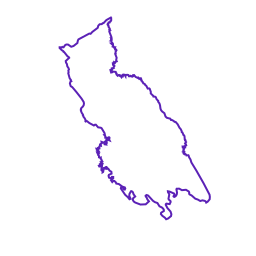 the district of Akat Amnuai, Sakon Nakhon, Thailand, rotated 148°
{"feature_id": "78962969B83463915016953", "entity_name": "Akat Amnuai", "entity_type": "district", "adm_level": 2, "iso_a3": "THA", "parent_name": "Thailand", "parent_adm1": "Sakon Nakhon", "projection": "equal_earth", "projection_center": [103.97, 17.642], "detail": "fine", "context": "isolated", "style": "outline", "palette": "violet", "viewbox_px": 256, "rotation_deg": 148, "n_neighbors": 0, "source": "geoboundaries", "source_scale": "gbopen_adm2", "svg_char_len": 5828}
<svg xmlns="http://www.w3.org/2000/svg" viewBox="0 0 256 256"><g transform="rotate(148 128 128)"><path d="M141.9,30.0L138.2,30.5L136.9,31.9L136.2,34.6L137.0,39.2L136.7,42.9L136.2,43.4L135.5,43.5L133.0,41.4L131.0,42.7L130.7,43.5L131.3,45.7L131.2,46.5L128.1,49.9L128.1,52.4L127.7,53.2L126.4,52.0L123.6,47.9L123.9,46.9L125.6,46.0L125.6,45.5L125.0,44.9L123.1,45.1L121.7,46.0L120.7,47.2L119.4,50.4L118.9,50.7L116.7,49.4L115.2,46.7L111.6,44.9L110.1,41.9L110.2,41.0L111.0,39.8L111.0,39.1L109.8,37.1L108.4,32.4L106.7,30.3L105.4,27.8L103.2,27.2L101.5,25.5L101.0,24.5L101.2,23.3L99.5,23.3L96.5,24.3L95.1,26.2L94.2,28.2L93.2,41.0L92.6,55.5L92.5,65.2L91.7,68.2L91.7,70.7L91.2,72.5L91.2,72.9L93.0,73.8L92.9,74.7L93.3,75.9L94.0,75.8L94.4,76.9L94.2,77.3L93.6,77.1L93.7,77.5L93.3,77.7L93.6,78.0L93.1,78.3L93.3,78.5L93.0,78.5L92.8,79.1L93.0,79.6L92.4,80.3L91.8,80.4L91.6,81.6L91.9,82.3L91.5,82.5L91.4,83.3L90.2,82.7L90.1,81.8L89.6,82.2L89.4,81.7L88.7,82.6L87.8,82.5L87.6,83.4L87.8,83.5L87.8,84.7L86.2,85.3L86.3,85.9L85.8,86.9L86.1,87.4L85.7,87.9L85.9,88.3L84.4,91.2L84.4,92.3L84.7,92.6L84.2,95.3L84.6,96.0L84.1,97.1L83.9,99.1L84.2,101.0L83.9,104.8L84.4,107.9L85.3,108.6L85.5,109.7L86.5,111.5L87.3,112.0L87.2,113.5L89.6,116.0L90.1,117.8L89.3,121.3L90.3,123.9L90.5,125.6L90.2,127.2L88.8,130.3L88.3,132.2L88.5,134.3L88.0,135.0L88.5,137.2L88.1,139.4L88.6,140.4L89.8,141.2L89.6,142.0L90.4,145.2L89.5,146.6L88.8,149.8L89.0,150.3L90.4,151.0L90.1,154.2L90.6,155.1L90.5,156.5L91.4,157.8L91.1,159.0L91.4,159.5L91.2,161.2L91.5,161.4L91.0,162.1L91.4,162.7L90.9,162.7L90.7,163.3L91.7,164.0L92.5,163.8L92.7,165.3L93.1,165.1L94.5,167.3L94.8,169.7L95.7,170.1L96.3,169.2L97.3,169.3L97.4,170.0L98.2,170.9L98.7,170.7L99.8,171.4L99.6,172.7L100.3,173.4L102.0,174.3L102.7,173.3L102.7,175.0L103.8,175.9L104.9,175.8L104.6,174.9L105.0,174.5L105.4,174.9L106.6,174.4L106.6,175.3L107.4,176.6L107.0,177.3L107.9,177.9L109.1,177.8L109.4,179.5L108.8,180.2L109.1,180.7L108.7,182.1L111.0,183.9L111.8,183.6L112.9,184.0L112.2,186.4L111.6,186.1L111.5,186.4L111.0,186.5L110.7,186.0L109.8,186.8L109.5,186.2L109.6,186.6L109.2,186.5L109.4,186.9L108.5,186.7L106.6,187.8L106.7,188.5L107.2,188.9L106.7,189.8L107.0,190.0L106.7,190.6L106.4,190.2L106.0,190.6L106.1,189.9L105.5,190.2L105.7,190.7L105.2,191.0L104.6,190.1L104.1,190.4L104.2,190.9L102.2,190.5L102.1,191.8L100.4,193.6L99.6,197.6L99.0,197.6L98.4,199.0L96.5,200.1L96.7,201.5L97.3,201.6L97.1,202.2L96.9,201.9L96.6,202.4L97.0,203.1L96.4,203.4L96.9,203.7L97.0,204.6L97.2,204.2L97.6,204.8L97.2,204.8L97.1,205.7L96.4,206.9L97.1,207.1L97.3,207.9L96.6,207.3L96.8,207.8L96.2,208.6L96.7,209.1L95.9,210.8L96.1,211.0L95.6,211.0L95.5,212.0L95.0,212.2L94.9,212.9L94.5,212.5L93.9,213.8L92.8,219.6L92.4,219.7L91.9,221.0L91.3,220.7L91.3,221.4L90.8,222.0L90.9,223.5L90.9,224.2L90.4,224.6L90.5,226.0L90.2,225.9L89.8,227.1L89.4,226.9L88.5,227.8L87.6,227.2L86.6,227.9L86.1,227.7L85.1,228.3L83.7,230.7L83.0,230.7L89.1,231.0L93.2,229.9L93.9,230.3L95.2,230.0L97.1,231.0L99.0,230.5L100.6,229.0L107.3,228.4L109.8,227.7L110.8,228.6L123.0,229.4L124.1,228.8L125.9,226.9L130.8,226.4L133.1,227.0L134.6,230.5L136.1,231.5L137.3,231.6L139.9,230.6L140.6,231.0L140.8,231.6L141.7,231.6L143.2,232.7L143.6,232.1L142.9,229.1L142.2,227.6L142.3,226.8L142.0,226.6L141.8,225.3L141.3,220.8L140.7,219.8L140.7,218.7L145.3,217.8L145.9,216.4L145.9,214.7L146.8,212.4L146.7,210.5L147.0,209.0L148.1,208.4L148.9,206.6L149.6,206.2L151.1,201.2L151.0,198.9L151.6,198.4L151.4,197.8L152.1,197.8L153.6,196.7L154.2,194.8L154.4,193.8L153.6,192.2L152.7,185.9L151.8,177.5L151.8,173.6L152.3,172.2L153.4,170.9L154.9,170.1L156.9,169.7L158.1,168.9L158.2,168.1L158.8,167.7L159.2,165.2L159.1,163.3L159.3,162.6L159.6,162.5L159.6,161.6L159.8,161.1L159.6,159.5L159.7,157.5L160.3,156.6L160.0,156.5L160.1,156.0L159.6,156.1L159.1,155.5L158.2,152.8L155.6,148.2L154.2,148.3L153.5,147.8L153.0,144.4L150.9,142.6L150.5,141.8L150.6,136.1L151.2,134.5L151.8,134.7L151.6,132.9L152.4,131.9L151.0,130.9L151.6,130.5L150.9,129.4L149.0,130.2L148.8,129.7L149.3,129.0L150.0,129.0L150.2,127.2L151.3,128.7L152.3,128.7L152.5,129.6L153.2,128.8L154.1,128.7L153.1,128.2L153.4,127.6L153.7,128.1L154.1,128.0L154.5,126.3L155.0,126.3L155.2,125.5L156.5,126.6L156.2,128.3L157.8,130.3L158.3,129.0L159.7,129.0L160.3,127.5L160.9,128.4L162.2,127.0L162.7,127.2L163.9,126.9L163.5,125.8L164.2,125.9L164.6,127.0L164.9,126.9L165.1,126.1L165.7,126.8L165.9,125.4L165.2,125.1L165.2,123.8L165.9,124.4L165.7,122.8L166.3,122.6L166.3,123.6L167.1,123.9L167.3,122.3L166.9,122.4L166.4,121.6L167.6,120.9L167.4,119.7L168.1,118.6L167.6,118.3L167.5,117.4L166.8,117.3L167.4,116.4L167.2,115.4L167.5,115.0L167.5,113.3L168.9,113.5L168.6,112.6L168.8,111.9L168.4,111.3L169.8,110.2L170.4,110.3L170.5,111.1L170.0,111.3L170.5,112.3L170.9,112.3L171.0,111.7L171.6,111.6L171.7,111.1L171.1,111.2L171.2,110.6L172.7,111.3L172.8,110.6L171.9,110.0L170.9,110.0L170.4,109.3L171.4,108.1L171.6,107.2L172.3,107.3L172.9,106.2L172.4,104.7L173.0,103.9L172.4,103.9L171.6,104.7L171.3,106.4L170.6,105.7L169.7,106.4L169.3,106.1L169.3,106.7L167.9,106.1L167.6,106.6L166.9,106.3L166.8,104.9L167.4,104.5L166.3,103.9L166.2,101.5L165.3,99.7L166.1,98.0L169.0,98.4L169.8,97.8L170.4,96.0L169.0,94.3L167.5,95.1L166.5,94.3L167.2,93.2L170.1,92.8L170.0,90.5L168.4,90.9L167.6,90.3L167.1,88.3L167.4,87.1L165.5,85.4L163.8,81.2L162.2,79.3L162.4,78.1L163.4,77.5L163.9,78.1L163.9,80.0L164.2,80.8L165.3,81.3L166.1,80.6L165.8,72.9L164.8,69.4L164.5,66.8L163.3,66.6L162.9,69.8L161.7,71.3L159.0,72.8L158.4,72.5L158.1,71.7L157.9,70.9L158.4,68.8L158.2,66.1L160.9,65.7L162.0,64.5L162.1,62.7L161.4,61.0L158.0,56.5L153.4,53.9L149.1,54.7L149.4,57.2L149.1,58.8L149.2,60.7L148.9,61.3L147.7,61.3L146.7,60.0L145.4,53.0L144.5,50.9L142.8,48.8L142.8,44.9L141.4,42.7L140.9,40.9L141.0,39.5L141.6,38.6L144.8,38.6L145.7,37.6L145.4,35.3L144.2,32.3L144.0,30.4L141.9,30.0Z" fill="none" stroke="#5b21b6" stroke-width="2"/></g></svg>